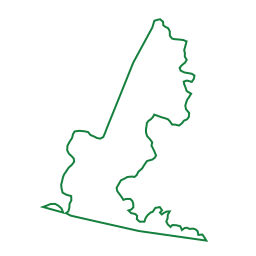 Gongogi, Bahia, Brazil, rotated 272°
{"feature_id": "56859067B50275447088656", "entity_name": "Gongogi", "entity_type": "district", "adm_level": 2, "iso_a3": "BRA", "parent_name": "Brazil", "parent_adm1": "Bahia", "projection": "albers", "projection_center": [-39.593, -14.278], "detail": "fine", "context": "isolated", "style": "outline", "palette": "green", "viewbox_px": 256, "rotation_deg": 272, "n_neighbors": 0, "source": "geoboundaries", "source_scale": "gbopen_adm2", "svg_char_len": 2217}
<svg xmlns="http://www.w3.org/2000/svg" viewBox="0 0 256 256"><g transform="rotate(272 128 128)"><path d="M236.1,150.6L229.3,148.8L197.0,132.7L193.1,130.8L162.1,119.6L127.5,107.0L121.9,105.1L118.1,103.6L116.4,100.6L116.9,97.4L118.5,94.0L119.6,90.8L122.5,88.3L123.2,84.7L123.5,79.5L122.7,74.8L119.8,73.2L116.2,72.5L112.2,70.1L108.1,68.1L103.6,68.0L100.2,69.9L98.1,72.4L95.7,74.8L92.5,75.4L89.3,73.2L86.2,70.0L82.1,67.5L79.1,65.6L76.0,64.6L72.5,64.0L69.0,63.2L65.3,63.7L61.1,64.9L59.2,68.6L58.0,73.6L53.6,73.9L50.1,72.2L46.4,72.2L42.6,71.3L40.7,69.0L38.4,73.9L34.5,94.3L25.4,142.6L18.2,210.2L20.8,208.5L24.1,206.1L23.6,202.0L27.2,201.2L29.0,199.2L29.7,196.7L29.3,192.9L30.4,190.5L30.0,188.0L27.9,185.5L31.6,183.7L32.5,179.7L32.6,175.8L30.6,173.9L33.1,171.1L36.0,169.5L38.9,170.7L42.7,170.8L46.1,172.6L45.9,169.7L44.5,166.9L42.8,164.8L44.6,162.9L47.0,164.9L50.1,162.5L49.1,158.1L45.2,155.7L44.2,153.4L41.5,150.6L38.8,148.8L35.0,147.7L34.8,142.8L37.2,140.0L40.5,140.2L42.3,138.3L43.0,134.3L45.6,131.3L46.7,134.2L48.9,136.1L52.4,135.9L55.2,134.9L57.2,132.7L57.0,128.5L56.0,125.9L58.3,124.4L61.5,121.9L64.5,119.5L67.8,118.7L70.5,120.1L75.4,122.7L77.1,125.9L79.0,129.1L79.6,133.6L79.3,136.2L81.3,138.4L84.6,139.8L88.0,143.5L91.9,145.7L95.7,148.2L97.3,153.4L99.2,155.8L101.4,157.0L104.9,155.5L108.7,153.5L111.2,152.1L114.5,152.7L117.6,150.3L120.5,147.4L124.0,146.2L127.1,146.0L130.1,146.4L133.6,146.7L135.9,148.2L137.5,150.5L139.6,152.4L142.3,153.8L141.2,157.2L139.8,161.5L139.2,164.1L138.2,167.5L136.1,169.7L133.0,171.9L133.0,175.3L132.2,179.0L134.8,181.9L137.3,183.7L138.8,186.8L141.2,188.4L145.1,188.6L148.8,185.3L152.4,184.5L156.4,185.5L158.8,186.4L160.9,187.9L164.5,189.9L166.9,185.4L170.7,184.0L173.8,182.6L176.3,182.1L177.5,185.2L176.3,190.1L179.5,192.1L182.7,192.6L184.4,190.0L185.0,186.1L185.5,182.3L187.2,178.6L190.0,177.5L192.7,179.7L195.3,182.7L198.2,184.3L201.3,182.3L205.2,182.2L207.6,181.4L211.3,182.3L216.6,183.5L217.8,180.3L218.2,176.2L218.4,171.4L218.9,168.9L221.7,166.6L226.0,166.4L229.2,164.6L230.4,161.8L231.9,159.7L235.4,159.3L237.8,156.3L237.2,153.8L236.1,150.6ZM46.1,45.8L41.2,66.2L45.4,64.2L48.0,61.0L49.6,57.8L49.3,53.2L47.6,49.5L46.1,45.8Z" fill="none" stroke="#15803d" stroke-width="2"/></g></svg>